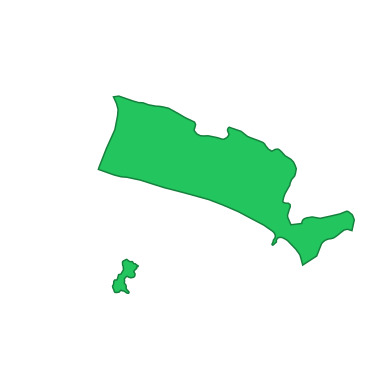 outline of Cua Lo, Nghệ An, Vietnam, rotated 146°
{"feature_id": "81297802B13550924224659", "entity_name": "Cua Lo", "entity_type": "district", "adm_level": 2, "iso_a3": "VNM", "parent_name": "Vietnam", "parent_adm1": "Nghệ An", "projection": "orthographic", "projection_center": [105.737, 18.789], "detail": "fine", "context": "isolated", "style": "filled", "palette": "green", "viewbox_px": 384, "rotation_deg": 146, "n_neighbors": 0, "source": "geoboundaries", "source_scale": "gbopen_adm2", "svg_char_len": 2936}
<svg xmlns="http://www.w3.org/2000/svg" viewBox="0 0 384 384"><g transform="rotate(146 192 192)"><path d="M257.0,263.1L247.0,249.6L242.2,244.2L237.9,240.8L228.4,231.0L217.5,217.3L212.4,210.9L199.1,195.9L182.3,176.3L174.1,164.6L164.9,150.3L163.5,147.8L157.3,136.1L151.1,124.6L147.3,114.9L146.8,112.9L146.8,111.0L147.3,109.3L148.6,107.6L150.0,107.1L151.4,106.6L152.8,105.2L154.1,104.5L155.0,103.9L155.0,103.0L154.5,102.7L153.4,102.8L151.0,103.2L150.0,103.3L149.3,104.6L148.3,105.3L146.4,105.9L144.8,105.4L143.3,104.4L142.3,103.2L141.1,100.9L140.0,98.6L137.9,86.5L137.7,79.6L139.0,75.5L141.1,69.5L124.4,69.2L117.3,74.1L113.6,76.6L111.7,77.2L108.7,77.5L105.6,76.9L102.4,75.4L100.2,74.7L96.8,74.7L95.0,74.8L90.8,75.2L87.4,75.4L85.3,74.8L83.8,74.0L81.0,70.5L73.1,78.1L72.2,81.5L71.9,83.7L73.3,88.2L74.2,89.4L75.4,89.8L81.5,91.1L90.7,94.6L100.5,98.5L106.4,104.2L108.1,104.9L111.2,106.4L113.7,107.0L115.1,107.0L116.4,106.5L117.9,105.4L118.6,104.5L128.3,109.5L126.8,117.5L125.8,119.3L121.2,123.1L118.8,124.8L117.7,126.7L118.5,128.9L120.8,130.5L121.9,132.1L122.2,133.2L119.0,136.3L115.9,138.6L110.7,141.2L107.2,142.9L105.8,144.4L102.5,146.6L97.9,147.9L95.5,149.9L92.5,153.0L91.6,156.6L91.1,160.1L91.7,163.7L94.6,170.1L95.3,175.3L95.7,177.0L95.9,177.9L96.7,179.5L99.2,180.8L101.7,181.0L103.2,181.3L103.6,182.5L104.7,184.8L105.1,189.3L104.9,191.0L105.5,193.4L107.8,196.9L113.2,204.4L114.9,207.0L117.4,214.9L123.7,223.2L124.8,224.8L125.7,224.9L127.4,224.1L128.3,222.9L128.7,220.9L129.2,219.0L131.6,217.8L134.3,217.7L136.2,218.0L137.5,219.0L140.6,222.9L147.2,229.6L151.1,232.0L153.6,234.0L155.4,237.1L155.7,239.1L155.8,240.8L155.7,242.2L153.7,243.7L151.3,245.9L150.8,248.5L155.7,256.8L156.3,257.9L159.1,263.8L164.6,274.6L168.8,279.1L171.2,281.3L174.0,283.4L179.3,288.6L182.7,293.3L186.4,296.1L190.4,300.9L199.0,312.4L203.9,314.8L205.1,307.6L207.1,301.8L211.2,296.7L221.1,286.8L238.7,275.9L255.1,264.6L257.0,263.1ZM305.7,150.3L305.0,148.9L304.3,148.5L303.7,147.8L302.6,144.8L301.9,144.0L301.3,143.6L300.5,143.8L300.2,144.2L300.2,145.1L300.6,147.6L300.5,149.0L299.3,150.5L299.0,151.4L298.8,152.6L299.1,154.0L298.9,154.6L297.7,155.8L297.0,157.2L296.5,157.9L293.5,158.6L292.8,158.3L292.0,156.6L290.6,155.0L288.7,154.2L287.8,154.0L286.8,154.2L285.7,155.0L285.0,156.0L284.9,157.2L284.8,158.5L282.9,159.3L281.4,159.5L280.7,159.5L280.4,160.0L280.2,160.6L279.4,160.8L279.0,160.4L278.4,160.4L278.0,160.7L278.0,161.3L278.5,162.0L279.2,164.2L280.3,165.2L280.4,165.7L280.3,167.5L280.7,167.9L282.1,168.7L282.9,169.9L283.7,172.4L284.0,172.8L287.4,173.2L288.4,173.1L289.0,172.5L290.4,170.2L290.6,168.9L291.0,168.1L291.7,167.0L291.9,166.5L292.4,165.8L296.8,163.7L299.1,164.5L302.5,161.6L303.7,161.2L304.4,161.6L305.0,162.2L305.7,162.1L306.9,161.6L307.7,160.4L309.0,159.1L309.8,158.8L310.6,158.3L311.2,156.6L311.6,154.4L312.1,152.8L312.0,151.9L311.2,151.1L309.0,150.0L308.1,149.8L306.4,150.3L305.7,150.3Z" fill="#22c55e" stroke="#15803d" stroke-width="1.5"/></g></svg>